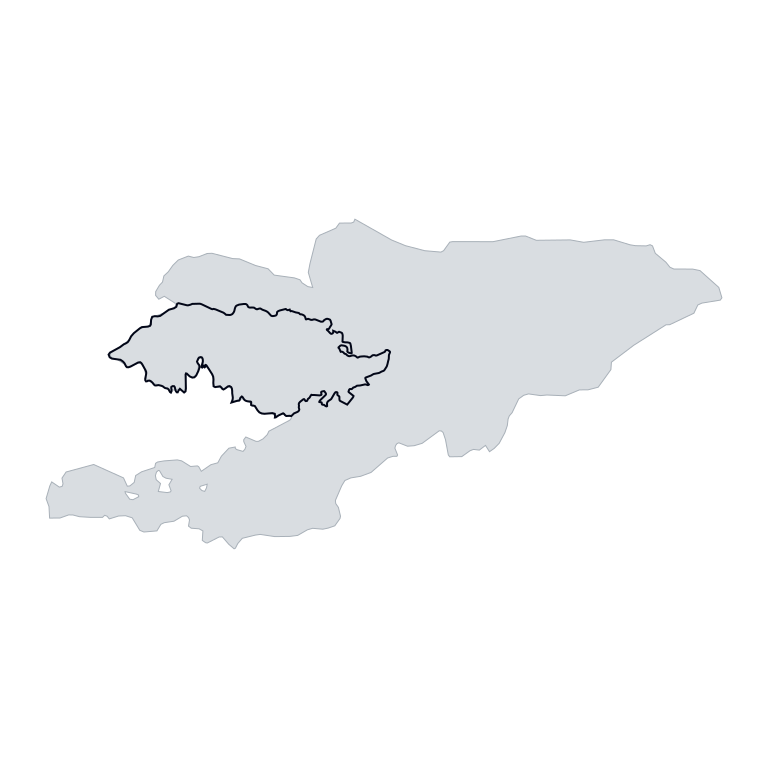 Jalal-Abad highlighted on a map of Kyrgyzstan
{"feature_id": "KGZ-1120", "entity_name": "Jalal-Abad", "entity_type": "Region", "adm_level": 1, "iso_a3": "KGZ", "parent_name": "Kyrgyzstan", "parent_adm1": "", "projection": "albers", "projection_center": [73.017, 41.512], "detail": "fine", "context": "in_parent", "style": "outline", "palette": "ink", "viewbox_px": 768, "rotation_deg": 0, "n_neighbors": 0, "source": "natural_earth", "source_scale": "10m", "svg_char_len": 9752}
<svg xmlns="http://www.w3.org/2000/svg" viewBox="0 0 768 768"><path d="M155.6,463.3L157.6,462.0L164.1,460.9L177.3,459.9L181.7,460.9L190.6,466.5L197.4,465.9L198.7,466.7L201.3,471.3L210.9,464.7L217.8,462.8L221.4,456.2L228.9,448.2L235.2,447.0L235.3,448.3L236.5,449.5L243.0,451.4L244.9,449.3L246.0,446.4L243.8,441.7L243.7,439.8L245.8,437.0L256.1,441.4L258.3,441.4L263.0,438.9L267.3,434.6L268.9,431.2L289.9,420.1L291.4,418.1L291.1,416.7L282.3,414.1L278.3,415.5L274.7,415.5L272.5,413.9L261.8,413.2L259.5,412.1L252.5,404.1L243.7,399.0L239.5,399.2L234.4,401.3L232.8,400.3L232.5,392.7L231.5,388.2L228.5,387.1L224.7,388.9L214.0,386.3L212.9,376.8L209.0,368.4L203.4,365.0L203.3,359.9L201.3,357.8L199.6,358.4L197.4,360.8L198.4,366.4L197.5,371.9L196.2,374.7L193.7,376.7L190.9,376.7L186.1,373.8L185.0,390.6L184.0,391.6L178.3,389.2L173.6,390.1L166.7,388.9L161.6,386.0L151.5,382.6L146.8,379.4L144.1,368.1L141.4,364.0L138.8,363.1L128.0,366.7L117.2,359.4L111.7,357.8L110.4,355.7L110.7,353.1L127.8,341.1L134.6,332.7L138.9,329.1L149.4,325.6L152.0,317.7L152.9,316.8L163.6,313.2L175.7,306.5L175.9,304.6L174.8,303.0L164.3,296.3L158.8,299.2L155.6,295.4L155.7,291.6L159.5,285.2L162.5,282.1L163.9,275.9L168.3,271.8L172.9,265.3L178.3,260.0L188.3,256.1L193.8,257.5L199.0,256.7L207.1,253.5L212.0,253.3L232.7,258.6L239.5,258.9L255.5,265.5L268.1,268.8L274.2,275.1L294.4,277.9L300.0,279.8L302.0,282.8L307.8,286.6L312.7,287.5L308.3,272.4L310.0,263.5L316.2,239.0L319.5,235.3L335.8,228.2L339.5,223.1L351.2,223.0L353.7,222.1L354.9,219.2L391.6,240.0L405.5,245.7L424.7,250.7L440.9,252.1L443.6,250.7L449.8,242.1L452.8,241.6L492.9,241.7L521.3,236.0L525.5,236.0L536.3,240.3L570.2,239.9L583.7,242.3L604.7,239.8L613.6,239.8L630.0,244.8L635.6,245.7L646.2,245.9L650.1,244.7L652.5,245.9L655.3,253.3L665.9,262.2L669.9,267.2L673.8,269.0L692.7,269.1L700.0,270.6L718.8,287.4L721.9,297.8L720.3,300.1L701.9,303.1L697.8,305.0L693.9,313.2L669.7,324.7L666.0,324.8L633.7,345.3L611.4,362.2L610.9,369.6L598.2,387.2L588.1,389.8L579.4,389.9L565.3,395.8L546.9,395.0L540.6,395.6L528.5,393.9L523.7,395.3L518.7,398.9L512.1,412.7L509.3,415.9L508.1,419.0L507.3,425.6L504.9,432.6L499.2,443.3L494.2,448.4L489.5,451.7L485.5,445.4L479.3,450.1L473.4,449.4L469.9,450.8L461.8,456.6L449.7,456.8L448.3,454.9L445.5,439.7L443.1,432.5L441.4,431.0L439.2,430.8L422.2,443.3L414.2,445.7L407.5,446.2L398.8,442.8L396.9,443.7L395.5,445.7L394.9,448.2L397.6,455.0L396.9,456.3L393.0,456.3L387.6,458.0L371.1,472.4L360.6,476.3L350.8,477.9L344.9,480.5L341.7,485.8L335.4,500.4L335.7,503.5L338.4,507.4L340.5,516.2L340.0,518.5L334.8,525.8L328.1,528.1L322.8,529.2L312.6,528.3L307.4,529.8L297.7,535.4L289.8,536.4L274.8,536.6L260.2,534.4L255.3,535.1L242.3,538.3L237.8,543.5L235.4,548.2L234.1,548.8L228.9,544.4L222.4,536.9L219.1,537.0L207.3,543.0L205.6,542.7L202.3,540.4L202.9,530.9L199.1,528.8L191.2,528.2L188.5,526.1L189.5,520.0L188.6,517.6L186.6,515.8L182.4,516.2L174.0,521.2L164.2,522.7L160.9,524.3L156.9,530.9L143.9,532.0L139.8,530.3L132.2,517.8L125.5,515.7L118.6,516.0L109.3,518.9L107.1,516.2L104.7,515.3L102.5,517.4L91.1,517.4L79.5,516.7L73.0,515.0L68.7,514.9L60.0,518.0L49.6,518.1L49.0,506.6L46.1,498.6L49.8,486.0L51.7,481.9L59.3,487.1L62.1,486.4L63.0,483.9L62.0,478.1L66.1,472.0L93.7,464.5L123.5,477.9L127.3,486.2L129.9,485.9L134.2,482.4L135.7,475.5L141.6,471.8L154.7,467.5L155.6,463.3ZM170.4,491.9L171.1,490.8L168.9,484.8L172.1,479.3L166.0,478.2L162.9,476.5L159.5,470.7L158.4,470.4L156.5,472.0L155.4,475.6L156.2,479.7L160.5,483.5L158.3,491.5L167.3,492.6L170.4,491.9ZM138.7,496.7L138.5,495.0L136.4,494.1L125.1,491.6L125.4,493.2L129.7,499.2L133.0,499.7L138.7,496.7ZM206.5,487.9L207.2,484.2L200.3,486.3L199.5,488.1L201.8,490.5L204.7,491.4L206.5,487.9Z" fill="#d9dde1" stroke="#a8b0b8" stroke-width="1"/><path d="M157.7,316.4L160.2,315.9L168.9,309.7L174.0,308.3L176.3,306.8L177.2,303.7L178.6,303.2L186.6,305.2L187.3,305.3L188.2,305.3L190.4,304.7L192.3,303.9L199.9,303.7L201.5,304.2L211.6,309.0L212.4,309.2L213.6,308.9L215.6,309.4L223.5,312.7L224.6,313.5L226.1,314.8L230.0,315.0L231.1,314.7L232.3,314.1L233.6,312.5L234.3,311.0L234.9,308.4L235.3,307.3L235.8,306.3L236.6,305.6L238.1,305.0L239.1,304.6L243.7,304.0L245.6,304.0L246.4,304.3L247.3,305.1L248.1,306.8L248.8,307.3L249.9,307.6L251.8,307.5L253.9,307.6L256.0,309.0L257.0,309.3L259.5,308.5L260.4,308.5L262.4,309.7L265.7,310.9L267.0,311.6L268.2,312.5L271.0,315.6L271.9,316.0L272.9,316.1L274.8,315.8L276.0,315.4L276.7,314.6L276.9,313.9L277.1,312.1L278.1,311.2L279.7,310.5L285.6,309.0L286.0,309.1L286.5,309.7L287.9,310.2L289.7,309.6L290.1,310.7L290.4,311.0L290.6,311.2L291.0,311.0L291.7,311.1L292.5,311.3L295.7,312.4L298.4,312.9L299.1,313.2L299.9,314.1L300.3,314.3L301.4,314.3L302.8,314.8L303.9,315.4L304.8,316.3L305.3,317.4L305.7,319.0L305.9,319.3L306.1,319.4L307.8,318.9L308.4,318.9L311.1,319.9L312.0,319.9L313.8,319.4L314.6,319.4L315.4,319.5L321.0,321.7L321.6,321.7L322.6,321.6L323.1,321.4L324.3,320.0L326.3,318.9L327.3,318.8L328.6,319.1L330.0,319.7L330.6,320.8L331.6,324.2L331.2,325.2L329.8,327.3L329.2,328.5L328.9,328.8L328.6,329.0L327.1,329.2L326.9,329.3L326.8,329.6L327.0,330.0L328.3,331.1L329.8,332.8L330.5,333.4L331.1,333.8L331.7,333.8L332.2,333.6L332.7,333.3L333.0,332.8L333.2,332.3L333.3,331.8L333.2,330.8L335.4,331.7L336.9,332.8L337.3,332.8L338.9,331.8L339.2,331.8L341.5,332.7L342.1,333.2L342.5,334.3L342.7,335.4L342.7,336.7L342.5,341.6L342.8,341.9L345.0,342.3L347.6,342.4L349.6,342.9L350.0,343.1L350.3,343.5L350.5,344.2L350.9,345.9L351.7,352.4L351.7,353.0L351.3,353.2L350.5,353.2L348.5,352.6L347.7,352.0L347.3,351.4L347.5,349.7L347.3,348.4L347.1,347.7L346.7,347.1L346.2,346.6L345.1,346.0L344.0,345.7L341.4,345.3L341.0,345.4L340.3,345.7L338.5,347.4L338.6,347.9L338.8,348.0L339.5,349.0L340.4,351.2L340.7,351.8L341.8,351.6L343.1,352.2L343.6,352.6L344.2,353.4L344.6,353.7L345.8,354.0L347.4,355.5L348.7,356.1L349.4,356.2L350.1,356.1L352.1,355.5L353.1,355.4L354.5,355.6L355.3,356.0L356.0,356.4L357.3,357.5L357.8,357.6L359.7,356.7L361.1,356.5L364.2,356.3L367.5,356.7L368.3,357.2L369.0,357.4L369.7,357.3L371.0,356.6L372.3,355.5L372.9,355.2L374.1,355.1L374.8,355.2L375.9,355.6L376.9,355.4L384.5,352.0L385.2,351.4L385.4,350.6L385.5,350.4L386.3,350.0L387.6,350.0L389.3,351.1L389.9,351.6L390.0,352.4L389.0,354.8L388.9,355.6L388.8,358.3L388.7,359.2L388.2,360.9L387.5,364.0L386.8,366.3L386.4,367.0L384.4,370.1L383.9,370.6L383.4,370.9L381.5,371.6L379.4,372.8L378.4,373.1L374.6,373.8L373.7,374.0L372.7,374.5L371.1,375.5L366.3,377.3L365.6,377.6L365.3,378.0L365.4,378.6L366.2,380.7L366.5,381.3L368.2,383.6L368.9,384.5L368.6,384.9L367.7,385.1L365.9,384.5L365.0,384.4L360.1,385.5L357.0,385.7L355.2,386.9L353.2,387.6L352.1,388.8L351.6,389.1L350.0,389.0L349.5,389.3L349.1,389.8L348.7,391.0L348.5,391.5L348.7,392.1L353.5,395.9L353.4,396.6L352.6,397.9L347.2,404.6L340.1,400.9L339.8,400.6L339.5,400.0L339.4,398.7L339.4,397.7L339.4,396.9L339.1,396.3L337.8,395.3L337.4,394.9L337.3,394.1L337.5,393.0L337.4,392.6L337.1,392.3L336.5,392.1L335.5,392.2L334.5,393.4L331.3,398.9L330.9,399.3L328.5,400.9L327.8,401.6L327.3,402.3L327.1,403.0L327.0,403.6L327.1,405.8L327.1,406.1L326.8,406.3L326.5,406.4L325.6,406.1L324.1,404.9L322.6,404.7L322.1,404.5L321.9,404.2L321.7,402.7L321.5,402.4L321.2,402.3L319.6,402.1L319.3,402.0L319.3,401.7L319.7,400.9L320.4,400.0L325.6,395.0L325.9,394.5L326.0,394.0L325.8,393.3L324.4,391.3L324.2,391.1L323.8,391.1L322.0,391.5L321.6,391.7L321.3,391.9L321.1,392.6L321.4,393.8L321.5,394.5L321.3,394.8L321.0,395.0L320.1,395.3L319.4,395.4L314.2,395.0L312.1,395.0L311.4,394.8L310.8,395.5L309.7,397.4L309.3,397.9L308.0,398.9L307.1,400.8L306.6,401.0L305.7,401.1L305.3,400.8L304.9,400.1L304.3,399.3L304.0,399.1L303.7,399.2L303.3,399.3L300.1,401.8L299.1,403.0L298.8,403.9L298.8,404.6L299.0,405.7L298.8,407.2L298.8,407.6L299.2,409.0L299.3,409.4L299.0,410.5L298.5,411.1L297.7,411.8L294.0,413.4L291.3,416.1L289.9,415.8L286.2,416.0L285.0,415.1L284.1,413.9L283.1,413.3L278.6,415.4L275.7,417.4L274.9,417.5L275.1,416.2L274.8,413.8L272.4,413.1L264.5,413.8L261.8,413.5L259.4,412.4L257.5,410.3L254.9,406.1L253.7,405.7L252.2,405.6L251.1,405.0L251.1,403.1L251.2,402.6L251.2,402.2L251.0,401.8L250.7,401.6L247.4,401.3L245.6,400.7L244.4,399.9L242.6,397.1L241.8,396.5L240.7,397.5L240.3,398.0L239.6,400.2L239.2,400.6L236.9,400.9L231.5,402.5L232.3,400.5L232.7,399.1L232.8,397.5L232.2,393.2L232.2,390.9L231.9,388.6L231.2,387.1L229.6,386.1L228.1,386.3L226.7,387.3L225.3,388.4L223.5,389.5L222.4,389.0L221.5,387.6L220.0,386.3L215.2,387.1L213.6,386.3L213.3,382.9L213.5,379.4L213.2,376.7L212.2,374.3L206.6,365.6L206.1,365.1L205.6,364.9L205.2,365.2L205.1,366.9L204.6,367.4L204.1,367.1L203.8,365.8L203.1,365.5L202.8,365.9L202.5,366.8L202.2,367.5L201.6,367.3L201.6,366.3L202.8,361.7L202.8,360.0L202.5,358.4L201.7,357.3L200.4,357.1L199.0,357.6L198.3,358.5L197.0,361.6L197.6,363.0L199.3,365.3L199.5,366.8L199.2,368.4L198.3,371.1L196.2,375.5L194.4,377.3L192.3,377.6L189.7,376.4L186.8,373.6L186.0,373.4L185.6,374.4L185.9,388.5L185.5,391.4L184.1,392.5L179.9,388.8L178.4,390.7L177.7,392.3L176.8,392.3L176.1,391.5L175.5,390.3L174.8,387.2L174.1,386.2L172.7,386.1L171.4,386.8L171.2,387.9L171.5,389.3L171.6,391.1L170.9,392.6L170.0,392.0L168.5,389.3L167.5,388.5L165.2,388.1L164.1,387.4L162.9,386.4L161.5,385.8L158.6,385.1L155.9,385.5L154.7,385.3L153.6,384.2L152.8,383.0L151.8,382.0L150.7,381.1L149.6,380.6L148.2,380.7L147.0,381.3L146.0,381.4L145.3,380.3L145.2,378.8L146.2,373.8L146.2,372.1L145.6,370.4L142.3,364.4L141.3,363.0L140.2,362.2L138.1,362.5L130.5,366.6L128.4,367.3L126.9,367.2L126.0,366.3L124.6,363.4L123.7,362.3L122.7,361.3L120.5,359.8L111.9,358.6L109.7,357.3L108.6,354.6L110.0,352.6L120.1,347.1L123.8,344.3L125.8,343.4L127.7,342.2L129.2,340.1L131.1,336.3L133.8,333.2L140.0,328.2L141.9,327.1L148.0,326.6L150.1,325.8L150.8,324.5L151.1,319.8L152.2,316.8L154.7,316.2L157.7,316.4Z" fill="none" stroke="#020617" stroke-width="2"/></svg>